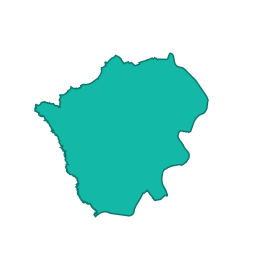 outline of Prasat, Surin, Thailand, rotated 320°
{"feature_id": "78962969B37601114893019", "entity_name": "Prasat", "entity_type": "district", "adm_level": 2, "iso_a3": "THA", "parent_name": "Thailand", "parent_adm1": "Surin", "projection": "equal_earth", "projection_center": [103.326, 14.629], "detail": "fine", "context": "isolated", "style": "filled", "palette": "teal", "viewbox_px": 256, "rotation_deg": 320, "n_neighbors": 0, "source": "geoboundaries", "source_scale": "gbopen_adm2", "svg_char_len": 5606}
<svg xmlns="http://www.w3.org/2000/svg" viewBox="0 0 256 256"><g transform="rotate(320 128 128)"><path d="M46.2,174.9L49.8,174.9L52.1,175.2L54.4,176.0L56.5,177.2L58.0,178.7L59.7,182.0L71.7,195.2L72.5,196.1L75.0,197.0L76.3,197.1L77.5,196.7L79.2,195.7L80.2,194.6L83.8,192.7L91.9,189.9L96.9,187.9L97.6,187.4L98.2,188.1L99.1,188.4L100.1,188.1L100.9,188.4L101.3,188.1L101.6,188.4L101.9,188.2L102.4,188.5L102.7,188.3L102.6,191.2L102.2,192.1L102.4,195.0L102.3,197.3L101.9,197.4L102.1,198.3L101.9,198.9L102.0,200.7L102.7,201.3L103.5,201.5L107.0,203.6L112.9,203.3L113.8,204.1L114.1,205.1L115.1,204.7L116.8,200.2L118.0,193.9L120.4,189.5L122.0,187.7L126.1,184.2L127.3,183.7L128.5,183.3L129.5,183.3L131.0,183.8L133.2,183.9L137.7,185.5L143.5,188.8L144.2,189.4L145.2,190.9L145.8,191.2L150.6,191.5L155.2,190.2L157.1,188.4L158.0,187.2L158.3,186.4L158.5,184.9L158.4,179.9L159.4,176.0L159.8,170.2L160.3,167.4L161.1,166.1L163.3,164.5L164.9,163.8L166.6,164.2L168.0,165.4L168.1,166.1L168.4,166.1L170.0,168.3L171.2,169.0L171.6,169.6L171.8,170.2L172.0,170.1L172.5,170.5L173.1,170.7L173.9,170.7L182.9,165.4L186.5,164.3L190.7,163.9L195.4,165.3L196.7,165.3L198.7,164.8L201.3,163.5L202.9,161.6L203.3,161.7L203.4,161.4L205.7,159.2L207.1,158.3L208.4,154.6L208.8,151.6L210.4,135.0L209.1,119.1L208.3,116.8L205.7,113.3L205.2,111.7L205.1,109.7L205.7,107.8L208.8,102.4L209.2,101.5L209.3,99.8L208.8,98.3L208.1,97.8L207.3,98.0L202.9,100.5L201.9,100.5L195.5,94.8L194.6,95.0L194.3,92.8L193.8,92.6L193.6,91.3L191.6,91.5L191.6,90.3L190.0,89.4L187.4,88.8L186.6,88.2L184.8,87.8L180.0,85.6L179.4,85.9L178.3,85.3L178.1,86.3L177.8,86.6L173.4,84.8L172.9,82.0L172.8,80.1L170.6,79.5L170.8,77.5L169.0,77.0L168.3,76.5L166.4,76.3L166.5,73.6L166.7,71.2L167.0,71.1L167.0,70.3L166.9,70.2L166.8,68.3L166.6,68.1L166.4,67.0L165.1,64.4L163.1,64.9L160.3,64.2L158.6,64.2L154.0,64.8L153.8,64.8L153.5,63.4L152.5,63.1L152.0,64.5L151.5,64.8L151.4,65.6L151.1,65.7L151.0,66.1L149.5,65.6L147.9,65.7L146.5,64.8L143.7,68.1L141.1,69.5L137.3,70.5L136.6,71.0L135.9,70.5L129.5,70.1L126.6,69.3L124.0,68.0L121.7,65.9L120.7,65.4L120.0,65.6L119.0,65.2L118.7,66.5L118.1,66.3L117.4,66.6L116.6,65.9L116.4,66.3L114.4,65.3L114.0,64.6L114.0,64.3L113.0,63.9L112.6,64.1L112.2,63.1L111.6,62.7L111.5,62.1L111.0,61.5L111.0,60.4L110.8,59.9L110.1,60.6L108.4,61.3L105.6,61.0L105.4,61.6L103.0,61.5L102.4,61.9L100.7,61.2L99.2,60.9L97.7,59.3L96.9,59.0L96.6,61.0L93.5,62.3L93.0,63.3L93.1,64.4L92.7,64.6L92.8,65.1L91.7,65.4L90.9,66.4L89.9,67.1L89.9,67.4L89.3,67.5L89.3,67.8L89.0,67.5L88.7,68.0L88.3,67.6L88.5,66.2L88.0,65.9L87.9,65.3L87.3,64.7L86.8,64.6L86.6,64.3L86.7,64.0L86.4,63.6L86.4,61.8L86.2,61.9L86.1,61.2L85.6,60.9L85.5,60.5L85.0,60.4L84.2,59.6L84.1,58.2L83.1,58.2L82.6,57.6L82.6,57.0L81.7,56.0L81.4,55.1L81.1,55.0L81.1,54.3L80.8,54.1L80.6,54.3L80.5,54.1L79.6,53.9L79.0,53.2L78.6,53.3L78.0,52.8L76.4,53.5L74.4,53.6L73.6,52.8L72.7,50.9L71.8,51.1L71.4,51.8L71.0,53.7L70.3,53.9L70.2,53.6L70.3,53.0L69.6,53.0L68.3,54.7L67.9,54.8L67.7,55.4L68.5,55.9L68.6,57.2L69.5,58.9L69.4,59.1L69.1,59.0L68.7,59.8L68.9,60.1L68.2,60.9L68.2,61.7L68.8,62.9L69.2,62.7L69.0,61.8L69.5,62.4L69.9,63.0L69.6,64.0L70.8,64.0L71.2,64.5L70.8,65.2L71.0,66.3L70.5,66.7L70.5,69.0L70.1,68.4L68.9,68.5L69.1,68.8L70.3,69.9L70.9,71.2L70.5,71.8L70.1,71.2L69.9,71.5L70.1,72.0L70.1,72.6L70.5,73.1L69.5,76.4L69.6,78.4L68.8,79.4L69.4,81.3L69.4,82.2L68.9,82.3L68.4,81.9L68.3,81.0L68.2,80.9L67.3,81.2L67.9,82.1L67.5,83.0L67.9,83.8L68.5,83.8L68.7,84.5L68.1,86.2L67.8,86.5L68.3,87.6L68.9,87.2L69.1,87.5L68.7,88.2L68.8,88.8L68.5,90.9L67.8,91.3L67.4,92.8L67.5,93.9L66.2,94.4L66.0,94.8L65.5,98.1L65.9,98.6L65.6,98.5L65.4,99.1L65.2,99.2L65.2,99.6L65.6,99.6L65.8,100.1L63.9,99.8L64.6,101.2L64.3,101.6L64.1,101.5L64.0,102.2L64.4,101.9L64.6,102.1L64.4,103.4L63.9,103.9L64.4,104.0L64.2,104.6L64.6,105.1L64.5,105.4L65.1,105.7L64.4,105.9L63.9,106.7L63.7,106.2L63.5,106.6L62.4,106.8L62.4,107.0L63.0,107.5L62.7,107.8L63.0,108.3L62.6,108.4L62.9,108.8L62.3,109.6L61.9,109.1L61.6,109.2L61.3,108.9L61.1,110.6L60.7,111.0L60.8,111.6L60.2,111.8L60.0,111.6L59.4,112.1L59.0,114.5L59.2,115.0L58.4,116.1L58.5,116.9L58.2,116.5L57.3,116.7L57.1,116.4L56.5,117.6L55.1,117.8L54.6,119.4L54.9,120.6L54.4,121.2L54.0,120.9L53.8,121.0L53.8,121.5L53.3,121.7L53.6,122.1L53.3,122.9L53.6,123.2L53.2,123.3L53.4,123.8L53.3,124.2L53.8,125.0L53.6,126.2L54.1,126.6L54.5,127.3L55.3,127.7L55.5,128.6L55.2,129.4L56.1,130.1L56.1,130.4L55.8,130.2L55.6,130.5L56.3,131.2L56.4,131.8L56.1,132.6L56.8,133.9L56.5,134.6L55.9,134.8L56.0,135.2L55.6,135.4L55.8,135.7L55.3,136.1L55.4,136.6L55.1,137.5L54.4,138.0L54.4,138.9L53.8,138.7L53.8,138.1L53.0,138.1L52.8,138.5L53.0,139.1L52.1,138.6L52.2,139.4L51.9,139.3L51.8,139.8L51.5,139.5L50.8,139.8L50.5,139.6L50.1,140.4L50.4,141.9L49.9,142.4L50.6,142.9L49.8,143.3L49.8,143.0L49.5,142.7L49.3,143.0L49.1,142.9L48.9,143.8L49.0,144.1L48.7,144.7L48.5,144.4L48.1,144.6L47.5,145.7L47.6,146.3L46.9,146.2L46.8,146.6L47.2,147.8L47.0,148.3L47.2,148.6L46.9,149.0L46.9,149.6L46.7,149.6L46.6,149.9L46.4,149.9L46.1,151.7L46.4,153.0L45.8,153.5L46.0,153.8L46.1,154.5L45.6,155.6L46.0,156.5L46.4,156.5L46.6,155.7L47.2,155.9L47.7,156.9L47.2,157.2L47.7,157.3L47.7,158.0L48.1,158.2L47.9,158.8L48.0,159.5L48.6,159.5L48.3,160.2L48.8,160.8L49.1,160.8L49.6,161.5L50.4,161.6L50.4,162.6L50.0,162.9L50.0,163.5L49.8,163.7L49.9,165.0L49.6,165.1L49.5,166.0L49.8,165.9L49.8,168.4L50.2,168.5L50.4,168.8L50.4,169.4L50.1,169.5L50.0,170.0L50.4,171.2L50.8,171.3L50.3,172.0L50.2,172.5L49.8,172.8L49.8,172.3L49.2,172.5L48.6,171.8L48.4,172.6L48.1,172.1L47.0,172.3L47.1,172.6L46.7,172.7L46.9,173.0L46.1,173.5L46.3,174.5L46.2,174.9Z" fill="#14b8a6" stroke="#0f766e" stroke-width="1.5"/></g></svg>